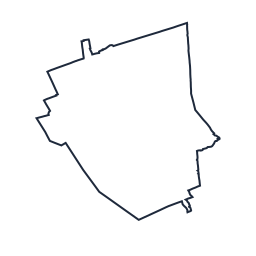 Gioseni, Bacau, Romania (Natural Earth projection), rotated 347°
{"feature_id": "2599482B9784344865967", "entity_name": "Gioseni", "entity_type": "district", "adm_level": 2, "iso_a3": "ROU", "parent_name": "Romania", "parent_adm1": "Bacau", "projection": "natural_earth1", "projection_center": [27.009, 46.422], "detail": "fine", "context": "isolated", "style": "outline", "palette": "slate", "viewbox_px": 256, "rotation_deg": 347, "n_neighbors": 0, "source": "geoboundaries", "source_scale": "gbopen_adm2", "svg_char_len": 4211}
<svg xmlns="http://www.w3.org/2000/svg" viewBox="0 0 256 256"><g transform="rotate(347 128 128)"><path d="M150.1,213.2L151.1,213.1L153.3,212.8L157.1,212.3L160.3,211.9L164.0,211.5L164.1,214.1L164.1,214.7L165.0,216.4L166.7,218.9L167.2,220.4L167.4,221.4L167.0,222.8L167.0,223.5L167.4,223.4L169.5,223.1L169.8,223.1L170.5,222.9L170.9,222.7L171.0,222.2L170.9,221.5L170.9,221.1L170.9,220.7L170.9,220.3L170.8,219.7L170.7,219.4L170.5,219.1L170.0,218.9L169.8,218.6L169.8,218.3L170.2,218.0L170.7,217.8L170.8,217.5L170.7,217.0L170.5,216.3L170.3,215.5L170.4,215.1L170.2,214.6L169.8,213.9L169.4,213.3L169.2,212.4L168.9,211.7L168.1,210.8L169.1,210.6L170.2,210.4L170.4,210.3L170.6,210.3L171.4,210.2L172.1,210.2L173.2,210.1L174.0,210.0L175.3,209.8L174.5,208.3L173.8,207.5L173.6,206.8L173.4,206.0L173.3,205.6L173.3,205.1L173.3,204.5L173.2,203.9L172.7,202.4L174.6,202.2L177.4,201.6L180.4,201.2L182.7,200.7L185.2,200.4L185.4,198.4L185.6,196.9L185.8,195.3L185.9,193.4L186.0,192.1L186.2,190.1L186.4,189.7L186.5,188.7L186.1,188.3L186.6,187.9L186.7,186.6L186.7,185.3L186.4,185.1L187.0,184.8L187.2,184.2L187.4,182.6L187.7,180.5L187.9,178.0L188.2,176.6L188.3,175.6L187.9,174.6L188.1,174.3L188.5,174.2L188.7,173.8L188.9,173.0L189.1,172.5L189.2,172.0L189.4,170.6L189.6,168.8L189.9,167.2L190.0,165.9L191.3,165.7L192.3,165.9L193.3,165.9L193.8,166.4L195.6,166.3L196.2,165.4L200.1,165.3L201.3,164.5L203.4,164.8L204.8,164.9L205.9,164.6L207.0,163.7L207.8,162.9L208.2,162.7L208.7,162.0L209.1,161.4L209.6,160.8L210.3,160.4L211.6,160.6L212.4,160.0L212.9,159.1L212.8,158.7L213.2,158.6L213.6,159.3L213.8,159.6L214.8,159.2L214.9,158.5L214.7,157.9L214.3,157.4L213.7,156.9L213.1,156.3L212.5,155.5L212.1,155.2L211.5,155.0L211.0,154.8L210.7,154.5L210.5,154.0L210.4,153.7L210.3,153.4L210.1,153.3L210.0,153.2L210.5,152.9L210.8,152.6L210.3,151.9L210.0,151.3L209.3,150.2L208.6,148.6L208.2,147.2L208.0,146.2L207.3,144.6L206.3,142.4L205.2,140.3L203.2,136.8L200.6,131.5L199.0,128.3L197.6,125.6L197.5,118.0L197.2,108.7L197.9,105.7L198.5,102.0L199.1,99.1L199.4,97.7L199.7,95.7L200.0,94.7L200.2,93.0L200.8,89.6L201.7,85.4L202.4,81.4L202.8,78.1L203.1,76.4L203.3,74.8L203.5,73.2L203.7,71.4L203.9,69.6L204.0,68.7L204.1,67.8L204.3,66.2L204.6,65.2L204.9,64.2L205.1,63.1L205.3,61.9L205.5,60.8L205.6,59.6L205.8,58.4L206.0,57.2L206.2,56.0L206.4,54.7L206.6,53.8L206.7,53.2L206.7,52.3L206.7,51.1L206.7,50.7L206.8,50.5L207.2,49.8L207.3,49.5L207.4,49.2L207.4,48.7L207.6,47.7L207.7,46.5L207.8,45.7L207.9,44.8L208.0,44.6L208.2,43.5L208.3,43.0L208.4,42.6L208.5,42.3L208.5,42.1L208.5,41.9L208.6,41.6L208.8,40.7L208.9,40.4L209.0,40.3L209.0,40.0L209.0,39.6L209.1,38.9L203.8,39.4L200.4,39.7L197.4,40.0L194.8,40.3L191.9,40.5L186.1,40.9L183.2,41.1L180.3,41.4L177.4,41.6L174.5,41.8L171.6,42.0L168.7,42.2L165.8,42.4L162.9,42.6L160.0,42.8L157.1,43.0L154.2,43.3L151.3,43.5L148.4,43.7L145.5,43.9L142.6,44.1L139.7,44.3L136.8,44.5L132.2,44.9L132.1,44.5L131.5,43.9L130.5,43.5L129.0,43.4L128.0,43.8L124.2,45.5L122.8,45.8L122.6,45.8L122.4,45.8L121.4,46.1L121.3,45.7L121.0,45.7L120.6,45.9L120.6,46.4L119.2,46.5L117.9,46.7L117.0,47.0L117.0,47.8L116.8,48.4L115.6,48.3L114.3,48.2L111.8,48.2L111.0,48.3L109.7,48.3L109.7,47.9L109.6,47.1L109.6,46.4L109.4,45.7L109.2,44.8L108.9,43.9L108.8,43.1L108.8,42.6L108.7,42.0L109.3,41.9L109.4,40.5L109.5,37.5L109.6,36.3L109.7,35.1L109.7,34.5L109.7,34.0L109.6,32.9L107.1,32.7L104.5,32.5L104.4,33.2L103.3,33.2L102.2,33.1L102.2,34.3L101.9,36.8L101.7,38.3L101.6,39.6L101.5,41.5L101.1,44.6L100.9,46.5L100.7,49.3L100.6,49.8L100.4,50.3L99.0,50.4L97.5,50.5L93.9,50.8L92.8,51.0L92.2,51.0L90.5,51.2L90.2,51.3L89.7,51.3L86.9,51.8L85.3,52.0L80.8,52.5L77.5,52.9L74.0,53.3L72.3,53.5L70.1,53.8L67.7,54.1L66.5,54.2L62.1,55.0L62.9,58.6L64.7,67.1L66.1,74.2L66.4,75.4L67.2,79.4L65.3,79.7L65.4,80.3L61.9,80.7L57.4,81.3L56.1,81.4L52.9,82.0L52.3,82.2L53.0,84.5L53.6,86.6L54.8,90.2L55.9,93.8L54.6,94.6L53.7,96.0L53.7,97.5L52.2,97.5L50.7,97.6L49.0,97.6L47.4,97.7L43.1,97.8L41.9,97.9L41.1,97.9L41.8,99.9L46.5,113.4L47.5,117.4L49.0,123.0L53.3,126.0L59.2,130.0L60.2,129.6L61.5,129.3L62.8,128.8L63.9,128.5L74.9,158.8L83.7,179.2L85.6,183.7L87.2,185.5L92.3,191.2L107.2,208.0L117.8,219.9L140.6,215.2L147.5,213.7L148.6,213.5L150.1,213.2Z" fill="none" stroke="#1e293b" stroke-width="2"/></g></svg>